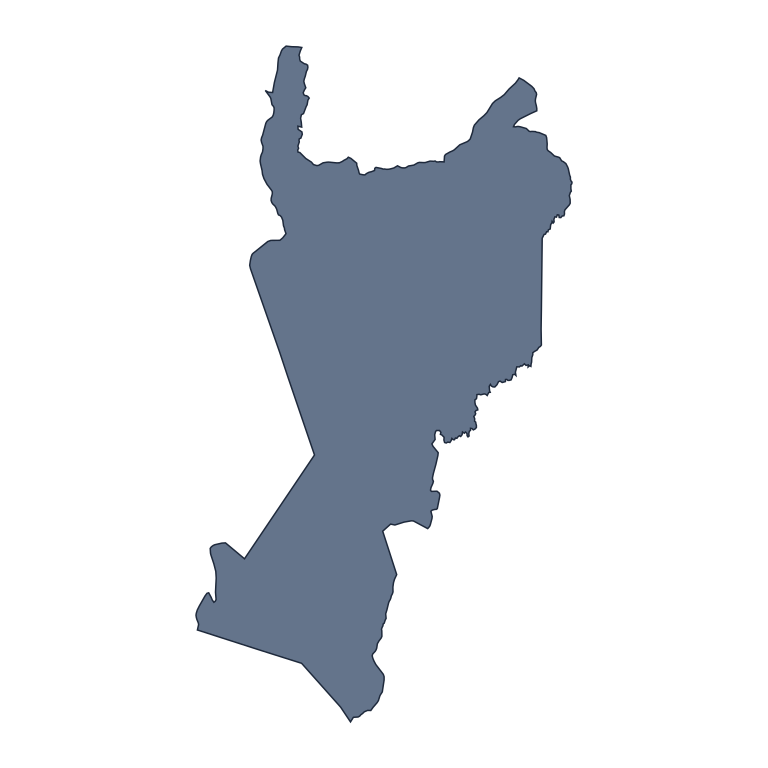 Sotik, Rift Valley, Kenya
{"feature_id": "3690345B96591011097593", "entity_name": "Sotik", "entity_type": "district", "adm_level": 2, "iso_a3": "KEN", "parent_name": "Kenya", "parent_adm1": "Rift Valley", "projection": "equal_earth", "projection_center": [35.146, -0.766], "detail": "fine", "context": "isolated", "style": "filled", "palette": "slate", "viewbox_px": 768, "rotation_deg": 0, "n_neighbors": 0, "source": "geoboundaries", "source_scale": "gbopen_adm2", "svg_char_len": 6080}
<svg xmlns="http://www.w3.org/2000/svg" viewBox="0 0 768 768"><path d="M570.2,203.2L570.1,199.4L569.3,195.6L570.4,192.3L571.3,191.2L570.9,188.8L570.9,184.9L571.8,183.8L572.0,182.1L571.1,181.1L570.4,179.3L570.4,177.0L569.7,175.3L568.3,168.8L567.7,167.1L565.9,163.6L563.4,161.7L561.6,160.8L559.7,157.7L558.6,157.2L554.4,156.0L550.7,152.5L548.1,150.7L547.2,149.5L547.0,147.3L547.2,144.0L546.9,140.5L546.6,137.6L545.8,135.4L539.2,132.6L536.5,132.2L535.5,131.6L531.8,131.4L530.4,131.6L529.1,131.2L526.3,128.5L520.7,126.9L518.8,126.5L517.1,126.5L515.6,126.9L513.5,126.7L514.5,124.4L518.1,120.3L520.4,118.7L530.8,113.5L536.8,110.8L536.8,108.5L536.3,105.6L535.6,103.0L535.3,101.0L535.5,98.9L536.6,94.4L536.2,92.6L534.9,90.9L534.0,88.7L531.7,86.3L523.7,80.3L519.1,77.9L518.1,79.6L515.4,83.2L509.1,89.0L504.3,94.6L500.7,97.4L495.3,100.8L492.5,103.5L486.9,112.6L483.9,115.7L479.0,119.8L474.4,125.1L473.4,127.6L472.5,132.2L470.2,139.0L468.4,140.8L467.1,141.7L459.8,144.8L454.3,149.8L452.7,150.8L449.9,152.0L445.5,154.5L444.5,156.1L444.1,161.9L439.7,161.7L438.3,162.0L436.5,161.9L435.1,161.0L433.8,161.3L430.0,161.1L425.4,162.5L424.0,162.6L419.3,162.4L417.6,162.9L413.8,165.1L408.5,166.0L406.1,167.5L404.9,167.9L402.6,167.9L400.8,167.5L397.5,165.8L393.8,168.0L390.0,169.0L388.1,169.3L386.2,169.3L384.7,169.0L383.2,169.1L381.6,168.5L376.0,167.4L374.8,168.3L374.5,170.5L371.4,171.7L368.9,172.3L366.4,173.6L364.9,174.9L363.2,174.8L359.7,174.1L359.0,172.6L358.6,170.6L356.8,165.3L356.7,163.2L350.9,158.4L348.3,157.2L347.0,158.7L343.6,160.5L342.4,161.4L339.4,162.8L336.8,162.9L328.8,162.1L326.9,162.2L323.1,162.8L318.7,165.3L316.9,165.6L313.5,164.6L311.4,162.1L305.8,158.5L299.8,152.5L298.0,152.1L297.7,150.0L298.6,148.3L297.9,146.1L299.3,141.9L299.0,140.2L299.3,138.8L300.8,138.2L302.3,134.3L301.9,131.9L298.1,129.3L297.9,126.2L301.7,127.1L301.3,122.4L300.6,118.2L301.4,114.7L303.5,113.6L306.2,106.5L307.1,104.8L307.9,100.2L309.2,98.1L307.9,96.5L306.4,95.7L305.1,95.6L303.9,94.8L303.2,92.7L304.5,89.8L305.8,87.8L304.4,83.8L303.8,81.3L304.3,79.0L305.3,76.1L306.4,71.5L307.5,69.4L307.9,67.2L307.6,65.2L306.0,64.1L304.4,63.8L300.3,61.1L299.7,59.2L299.6,57.0L299.0,55.2L300.3,51.0L301.8,47.5L298.1,46.9L291.6,46.7L286.1,46.1L282.5,49.1L281.4,51.0L280.1,54.7L278.5,58.0L278.0,62.5L277.5,70.1L274.4,82.4L272.6,92.5L268.5,92.2L265.3,90.5L269.9,96.7L270.8,98.4L272.0,104.7L273.4,106.3L274.1,107.7L274.1,110.0L273.8,112.8L273.2,115.2L272.2,117.0L267.9,120.2L266.7,121.5L265.8,123.3L262.6,135.3L261.6,137.6L261.1,140.0L261.6,142.4L263.0,146.3L263.0,148.7L262.5,152.0L261.3,154.6L260.6,156.9L260.1,161.0L260.5,163.8L262.1,170.6L262.5,174.3L264.0,178.7L267.0,184.3L271.2,189.8L272.3,191.6L272.3,194.0L271.2,198.2L271.1,200.5L271.8,202.5L272.7,203.9L275.0,206.1L275.8,207.4L276.7,209.3L277.8,213.4L278.5,214.9L280.2,215.6L281.5,217.1L282.8,220.3L283.5,225.8L284.4,228.0L284.6,229.7L286.0,233.7L282.7,237.9L279.9,240.3L270.9,240.4L267.8,241.5L253.1,253.3L252.1,254.4L251.3,256.5L250.4,260.4L249.7,265.3L250.5,268.8L279.7,352.3L287.9,377.0L314.5,455.0L244.5,558.8L225.5,542.9L221.9,543.1L214.9,544.7L213.3,545.4L211.4,546.8L210.2,548.4L210.5,553.2L210.9,554.9L213.9,564.0L215.8,571.4L216.2,578.1L215.5,592.2L216.1,599.5L215.2,601.3L213.9,602.3L212.2,599.9L211.2,597.4L208.7,592.8L207.0,593.3L205.0,596.0L199.3,606.0L197.3,610.0L196.3,613.2L196.0,615.2L196.3,617.3L196.8,619.2L198.3,622.9L198.6,624.6L197.4,630.0L260.5,650.3L301.6,663.3L340.6,707.1L350.5,721.9L353.4,717.3L358.1,717.0L359.7,716.1L360.9,714.7L362.6,713.5L364.3,711.8L367.6,710.4L370.8,710.5L373.1,707.3L377.0,702.8L378.4,700.6L380.0,695.5L382.3,691.9L384.1,680.0L384.1,676.7L383.3,674.3L375.8,664.5L374.0,661.1L372.8,658.2L372.2,655.8L372.7,654.0L375.2,651.3L376.1,649.8L376.7,648.2L377.4,643.7L379.0,640.9L381.2,638.0L381.9,636.3L381.8,630.8L381.5,629.2L382.1,627.4L382.9,625.9L383.2,623.9L384.2,623.2L385.2,620.1L386.1,618.4L385.7,613.8L386.9,609.9L388.6,602.9L389.3,601.1L390.2,599.7L390.9,597.8L391.3,595.9L392.4,593.8L393.0,591.9L392.9,587.1L393.5,582.7L394.5,579.3L396.7,574.6L382.7,531.2L390.6,524.1L394.9,525.0L404.1,522.1L411.5,520.8L413.5,521.0L427.7,528.6L428.6,527.6L429.6,526.4L430.3,524.8L432.0,518.4L432.2,516.4L430.9,511.3L432.2,510.1L434.9,509.4L436.2,509.4L437.3,508.6L439.5,497.7L439.9,495.1L439.4,493.2L437.0,491.2L431.4,491.4L430.5,490.2L431.0,487.6L432.9,483.3L433.4,481.3L432.6,479.5L432.5,477.7L433.4,473.4L435.9,464.3L437.9,455.5L438.2,452.7L433.0,446.3L431.9,443.9L435.1,439.5L434.7,434.7L435.6,431.5L436.5,430.5L439.5,430.5L440.9,432.3L440.4,434.3L441.9,435.0L444.1,437.3L443.9,440.0L444.6,442.5L446.2,443.0L447.8,442.1L449.9,442.5L451.2,440.5L451.9,438.4L453.3,439.7L454.5,439.7L455.4,438.0L456.9,438.3L457.9,436.9L459.4,435.7L460.7,436.5L462.1,434.7L462.5,432.0L464.3,433.2L465.5,432.0L467.0,433.5L467.1,435.7L468.0,436.9L469.1,436.0L468.8,433.9L469.3,431.3L470.5,430.4L470.5,428.3L472.1,428.6L473.3,429.9L475.2,428.9L476.4,427.5L476.4,425.4L475.9,423.6L475.7,422.1L474.6,421.3L474.7,418.7L473.8,416.4L474.9,415.3L475.7,413.7L475.0,411.9L476.0,410.5L477.8,409.9L477.5,408.2L475.4,405.0L474.9,402.3L474.9,399.9L476.5,398.7L476.8,396.7L476.9,394.6L479.1,394.3L480.8,394.8L484.2,393.9L485.8,394.3L487.2,395.5L488.7,392.5L490.2,392.3L489.6,390.9L489.2,386.3L490.4,384.4L491.3,386.0L493.0,386.9L494.8,387.0L497.0,384.7L498.5,381.7L500.0,381.1L502.2,382.5L505.4,381.6L505.5,379.5L506.8,379.4L507.9,380.4L509.2,380.4L511.1,379.9L512.1,377.5L512.8,374.7L514.7,374.3L515.9,375.4L515.4,372.2L516.8,366.8L519.4,366.9L520.8,365.7L521.9,366.1L524.4,363.8L526.0,365.4L528.2,364.9L528.1,367.0L529.6,365.7L530.9,366.4L531.1,364.0L531.6,362.1L531.8,357.6L532.8,354.8L532.8,352.7L534.6,351.4L537.1,350.0L538.8,347.4L540.4,346.4L541.4,345.0L541.1,329.1L541.4,309.5L542.2,238.2L544.1,234.4L545.5,234.1L546.6,231.7L547.9,231.8L548.4,229.8L550.2,229.0L550.7,224.5L551.8,223.1L552.1,221.4L553.2,223.0L554.1,221.9L553.9,219.3L554.9,216.8L556.5,217.1L557.3,214.8L558.8,215.0L559.2,217.5L560.8,217.6L562.2,216.0L563.9,215.8L564.5,214.0L564.4,211.6L564.9,209.9L569.4,204.8L570.2,203.2Z" fill="#64748b" stroke="#1e293b" stroke-width="1.5"/></svg>